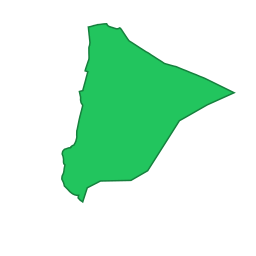 the district of Nasr City, Al Qahirah, Egypt, rotated 26°
{"feature_id": "37247803B64528254011318", "entity_name": "Nasr City", "entity_type": "district", "adm_level": 2, "iso_a3": "EGY", "parent_name": "Egypt", "parent_adm1": "Al Qahirah", "projection": "robinson", "projection_center": [31.337, 30.032], "detail": "fine", "context": "isolated", "style": "filled", "palette": "green", "viewbox_px": 256, "rotation_deg": 26, "n_neighbors": 0, "source": "geoboundaries", "source_scale": "gbopen_adm2", "svg_char_len": 4262}
<svg xmlns="http://www.w3.org/2000/svg" viewBox="0 0 256 256"><g transform="rotate(26 128 128)"><path d="M96.2,208.0L97.8,208.5L98.6,208.8L100.3,209.4L101.6,209.9L102.4,210.2L103.2,210.6L104.8,211.0L106.2,211.3L107.8,211.5L108.9,211.4L109.5,211.4L110.3,211.2L110.9,211.1L111.5,210.9L112.3,210.6L112.9,210.4L113.1,210.2L113.2,210.5L113.3,210.9L113.4,211.2L113.5,211.8L113.7,212.3L113.8,212.7L116.8,213.9L118.7,214.1L119.7,214.3L117.6,199.6L126.5,187.7L153.6,173.8L164.4,157.8L168.9,117.8L171.0,98.9L174.6,93.7L189.1,72.4L207.9,49.8L175.4,49.7L173.5,49.8L172.2,49.9L170.0,50.1L167.8,50.2L165.5,50.3L163.4,50.5L159.6,50.8L157.4,50.9L154.3,51.1L152.2,51.3L149.2,51.5L147.3,51.6L145.2,51.7L144.3,51.8L144.0,51.8L143.7,51.9L143.0,52.1L141.5,52.4L139.4,52.8L137.9,53.1L136.0,53.4L134.5,53.7L133.2,53.9L132.7,54.0L132.3,54.0L131.5,53.9L130.7,53.8L129.5,53.6L126.9,53.3L125.7,53.2L123.0,52.9L119.9,52.5L117.0,52.2L115.8,52.0L113.7,51.7L112.5,51.6L110.6,51.6L110.2,51.5L108.4,51.3L106.0,51.0L103.2,50.7L100.1,50.3L94.4,49.6L93.5,49.5L91.3,49.3L90.6,49.1L89.9,48.8L89.2,48.4L88.8,48.2L86.9,47.1L85.7,46.4L85.2,46.2L84.9,45.9L84.5,45.7L82.6,44.6L80.6,43.4L80.0,43.1L79.9,43.0L79.6,42.8L79.3,42.6L78.4,42.2L77.6,41.7L77.3,41.7L77.2,41.7L76.9,41.7L76.6,41.7L76.5,41.8L76.4,42.0L76.2,42.3L76.0,42.6L75.9,42.7L75.8,42.8L75.7,42.9L75.6,43.0L75.4,43.2L75.3,43.3L75.2,43.4L75.0,43.5L74.9,43.5L74.7,43.7L74.5,43.8L74.4,43.8L74.1,43.9L73.8,44.0L73.7,44.0L73.4,44.0L73.2,44.1L72.8,44.1L72.6,44.2L72.4,44.2L72.2,44.2L71.8,44.3L71.6,44.3L71.3,44.4L71.1,44.4L70.9,44.4L70.7,44.4L70.5,44.5L70.3,44.5L70.1,44.5L69.9,44.6L69.7,44.6L69.4,44.6L69.2,44.7L68.9,44.7L68.7,44.8L68.3,44.8L68.1,44.8L67.8,44.9L67.7,44.9L67.4,44.9L67.4,45.0L67.2,45.0L66.9,45.0L66.7,45.0L66.4,45.1L66.2,45.1L65.9,45.0L65.7,45.0L65.4,44.9L65.2,44.9L64.9,44.8L64.7,44.7L64.4,44.6L64.2,44.5L64.2,44.4L63.9,44.3L63.8,44.2L63.7,44.2L63.3,43.8L63.2,43.8L63.1,43.7L60.4,45.2L59.2,46.0L57.6,47.1L55.8,48.2L55.5,48.3L54.8,49.0L53.7,49.9L53.5,50.1L53.1,50.4L52.4,50.9L51.2,52.1L50.6,52.6L50.1,53.1L49.4,53.6L48.5,54.4L48.1,54.6L49.2,56.4L49.8,57.4L50.7,58.8L51.1,59.4L51.5,60.1L51.8,60.6L52.1,61.1L52.3,61.4L52.5,61.7L52.7,62.0L52.9,62.3L53.1,62.6L53.5,63.3L54.8,65.4L55.2,66.0L55.6,66.7L56.1,67.4L56.1,67.5L56.3,67.7L56.3,67.8L56.5,68.4L56.7,68.8L56.8,69.1L56.9,69.4L57.0,69.8L57.1,70.2L57.2,70.3L57.2,70.5L57.3,70.7L57.3,70.9L57.3,71.0L57.3,71.3L57.4,71.9L57.4,72.0L57.5,72.3L57.5,72.5L57.6,72.8L57.7,73.0L57.8,73.3L57.9,73.5L60.2,78.1L62.2,81.9L62.2,82.1L62.3,82.2L62.3,82.3L62.4,82.5L62.5,82.6L62.5,82.8L62.6,83.0L62.7,83.3L62.7,83.5L62.8,83.6L62.8,83.8L62.9,84.3L62.9,84.7L62.9,85.0L64.1,94.1L64.2,94.3L64.3,94.6L64.3,94.8L64.4,95.0L64.4,95.4L67.2,95.0L67.6,97.0L67.8,97.9L67.9,98.4L68.3,100.7L69.0,104.0L69.5,106.6L69.7,107.8L69.9,108.9L70.0,109.3L70.1,109.6L70.3,111.0L70.6,112.4L70.6,112.6L70.7,112.8L70.7,113.1L70.8,113.4L70.8,113.6L70.9,113.8L70.9,114.0L71.0,114.1L70.3,114.8L68.3,116.5L69.3,117.8L70.2,118.9L70.5,119.3L70.8,119.7L71.1,120.1L71.5,120.5L71.7,120.8L71.8,121.0L72.0,121.2L72.1,121.5L72.3,121.9L72.6,122.5L72.8,123.1L72.9,123.3L73.2,123.8L73.3,123.9L73.4,124.0L73.5,124.2L73.9,124.7L74.0,124.8L74.2,125.1L74.3,125.3L74.5,125.5L74.8,125.8L75.0,126.0L75.5,126.3L76.2,126.7L76.3,126.7L76.4,126.8L76.5,126.9L76.7,127.0L76.8,127.0L77.0,127.2L77.1,127.3L77.3,127.5L77.4,127.8L77.5,128.1L77.7,128.8L77.8,129.3L77.9,129.6L78.0,130.3L78.4,132.0L78.8,134.0L79.0,135.3L79.4,136.8L79.6,138.1L80.5,142.0L82.9,151.2L83.0,151.5L83.1,152.2L83.2,152.9L84.7,156.2L85.0,156.9L85.4,157.5L85.8,158.2L86.3,159.6L86.7,161.8L86.9,162.5L87.0,163.1L86.9,163.3L87.0,164.7L86.9,165.4L86.9,166.0L86.9,166.8L86.6,167.3L85.8,168.2L85.6,168.5L85.3,169.2L85.1,169.7L85.0,170.1L84.9,170.2L85.0,170.4L85.2,170.6L85.0,170.9L84.5,171.3L83.8,171.6L83.3,172.0L82.8,172.5L82.1,173.2L81.6,173.8L80.7,174.5L80.2,175.1L80.2,175.4L79.9,176.0L79.8,176.4L79.7,176.9L79.6,177.3L79.6,177.6L79.7,178.4L79.9,179.0L80.2,180.2L82.2,182.1L83.8,184.4L84.6,186.2L85.2,187.3L86.1,188.4L86.7,188.5L87.1,188.5L87.5,188.8L87.8,190.0L88.4,192.3L89.3,194.8L89.8,196.9L89.8,197.7L89.9,198.7L89.8,199.2L89.9,200.1L90.2,201.2L90.5,201.8L90.8,202.7L91.2,203.2L91.4,203.3L93.7,205.1L95.3,206.8L96.2,208.0Z" fill="#22c55e" stroke="#15803d" stroke-width="1.5"/></g></svg>